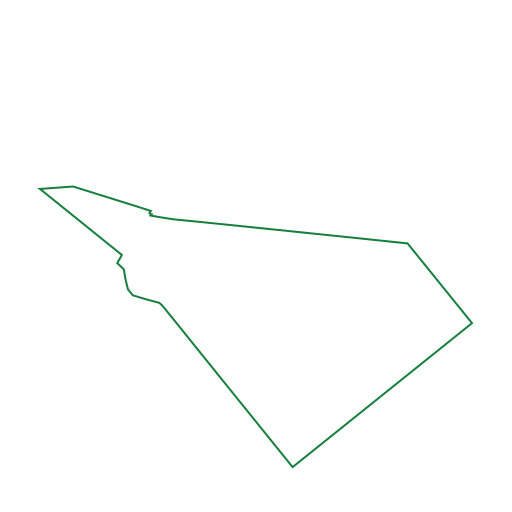 Al Golid, Northern, Sudan, rotated 231°
{"feature_id": "16777658B20227076213030", "entity_name": "Al Golid", "entity_type": "district", "adm_level": 2, "iso_a3": "SDN", "parent_name": "Sudan", "parent_adm1": "Northern", "projection": "natural_earth1", "projection_center": [29.801, 17.722], "detail": "fine", "context": "isolated", "style": "outline", "palette": "green", "viewbox_px": 512, "rotation_deg": 231, "n_neighbors": 0, "source": "geoboundaries", "source_scale": "gbopen_adm2", "svg_char_len": 724}
<svg xmlns="http://www.w3.org/2000/svg" viewBox="0 0 512 512"><g transform="rotate(231 256 256)"><path d="M407.8,169.1L425.1,157.6L426.1,156.1L427.4,154.3L437.2,140.2L443.1,131.7L444.1,130.3L341.3,152.4L340.0,149.5L339.3,147.5L339.1,147.0L338.9,146.5L338.3,145.0L337.8,143.7L328.8,144.9L320.2,140.0L310.7,135.5L303.0,135.5L291.7,143.2L280.4,151.4L276.1,152.0L263.0,152.0L248.8,152.0L222.0,151.9L180.9,151.8L129.0,151.7L72.9,151.6L69.9,151.6L69.3,151.6L68.9,151.6L67.9,381.1L67.9,381.6L135.4,381.7L170.4,381.7L171.2,380.9L238.7,313.3L264.7,287.2L321.1,230.5L336.3,215.1L347.8,204.7L353.9,199.5L354.2,201.0L354.5,200.7L356.4,200.2L357.2,202.6L367.8,195.7L407.8,169.1Z" fill="none" stroke="#15803d" stroke-width="2"/></g></svg>